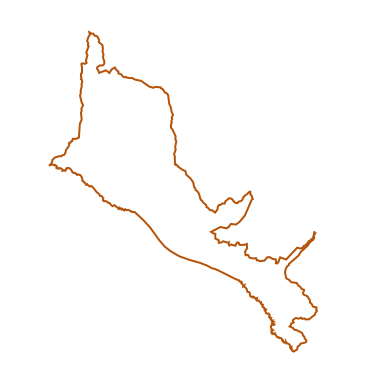 outline of Camana, Arequipa, Peru, rotated 11°
{"feature_id": "86281439B8928059178056", "entity_name": "Camana", "entity_type": "district", "adm_level": 2, "iso_a3": "PER", "parent_name": "Peru", "parent_adm1": "Arequipa", "projection": "orthographic", "projection_center": [-72.661, -16.401], "detail": "fine", "context": "isolated", "style": "outline", "palette": "amber", "viewbox_px": 384, "rotation_deg": 11, "n_neighbors": 0, "source": "geoboundaries", "source_scale": "gbopen_adm2", "svg_char_len": 5973}
<svg xmlns="http://www.w3.org/2000/svg" viewBox="0 0 384 384"><g transform="rotate(11 192 192)"><path d="M319.7,207.1L319.7,213.7L318.9,214.6L318.2,216.6L317.5,216.4L316.9,217.5L315.6,218.3L315.8,219.2L314.8,220.5L314.9,221.2L314.2,221.5L313.4,222.9L312.0,223.6L311.7,225.2L309.6,226.8L305.9,226.6L297.3,240.3L291.0,239.3L290.1,244.6L289.4,245.8L287.9,245.9L287.8,243.5L286.9,242.1L284.3,242.4L280.6,241.1L278.4,241.7L276.1,245.6L271.4,247.0L269.7,246.4L268.6,246.7L267.6,244.8L264.8,245.5L261.7,245.6L260.9,245.4L259.0,243.1L256.7,243.8L255.5,240.7L256.8,236.6L255.7,232.5L253.7,233.8L249.4,234.8L248.3,234.5L247.6,232.9L246.3,232.8L245.5,233.8L244.9,236.5L240.4,236.1L238.8,237.4L238.1,236.8L237.7,234.4L237.3,234.8L235.6,234.9L232.1,234.4L230.3,236.0L228.0,236.8L227.4,234.2L223.8,233.3L222.8,228.5L221.3,228.7L218.3,227.5L226.6,220.9L233.0,221.1L233.6,220.1L234.6,219.6L236.2,216.0L241.5,215.5L244.3,212.3L248.4,205.0L252.1,188.1L253.0,187.3L251.1,184.1L249.9,183.4L249.2,180.6L248.3,180.9L246.3,183.8L244.1,185.9L244.0,186.9L243.2,187.8L242.9,190.1L241.7,191.6L239.5,192.6L238.8,194.3L236.2,194.3L232.3,191.1L229.6,191.0L226.5,194.9L226.2,197.2L223.8,197.5L222.5,199.2L221.1,199.6L220.2,201.1L220.3,204.2L218.7,207.8L215.3,206.1L213.3,206.5L210.9,204.6L209.3,204.1L208.3,202.1L204.5,199.8L203.7,198.6L202.0,198.0L199.0,192.1L197.0,190.2L195.3,189.5L194.4,187.7L193.3,186.9L191.2,182.1L188.0,179.1L183.0,176.0L181.5,172.6L178.8,172.2L173.5,169.8L172.6,168.7L171.3,168.6L170.8,167.9L170.4,168.3L170.0,167.8L168.2,160.0L167.2,158.1L167.9,153.7L166.9,151.1L166.9,145.1L165.7,143.6L165.2,140.3L160.8,134.3L159.1,132.9L158.5,129.7L158.9,127.6L158.2,126.6L158.6,123.9L157.8,122.7L158.6,120.3L158.4,119.4L157.1,118.0L154.9,112.7L152.9,110.0L150.4,102.4L149.3,100.4L146.2,99.3L143.6,96.5L141.7,96.1L141.3,95.3L136.0,95.8L134.2,97.1L129.8,96.6L120.8,92.6L114.4,92.5L111.5,91.5L109.0,92.1L106.1,92.1L105.1,91.6L104.0,92.3L102.7,92.2L100.1,90.0L97.1,89.6L96.7,87.6L94.6,86.8L92.5,84.5L89.6,87.1L88.3,90.9L84.3,89.0L78.1,92.8L76.7,90.4L75.4,89.3L75.1,87.7L77.2,85.5L80.3,84.7L81.2,83.4L81.4,82.2L80.7,79.8L78.8,77.0L78.9,73.8L77.4,71.3L77.2,68.4L76.3,65.5L75.6,64.6L71.9,62.7L71.8,60.5L69.3,57.2L66.8,57.2L64.9,55.4L63.8,55.8L60.7,54.8L61.7,57.3L60.8,59.2L60.2,63.6L61.7,65.6L61.8,67.9L62.8,68.5L61.6,75.4L63.3,77.7L62.8,83.3L63.9,85.3L62.5,86.6L60.4,86.5L59.1,87.1L59.0,87.6L60.2,90.6L61.1,94.9L61.1,96.5L60.5,97.0L61.0,99.8L61.7,100.8L61.4,102.4L62.4,102.9L63.3,104.5L63.0,107.5L63.6,109.1L63.4,113.4L64.0,116.7L63.7,118.7L66.7,125.4L68.5,127.5L67.5,131.6L68.3,133.3L67.9,135.4L69.9,142.0L68.9,146.5L70.6,160.1L68.3,161.9L64.8,162.5L64.7,164.9L63.5,165.5L63.4,166.7L62.0,167.2L62.4,169.4L61.8,171.9L60.4,174.4L60.3,177.1L59.5,179.9L57.7,180.7L56.6,182.0L54.7,182.2L50.7,184.4L48.7,187.5L49.0,188.8L48.2,191.5L46.6,193.4L48.5,192.2L51.4,191.5L52.2,192.1L52.7,191.7L54.3,192.4L54.3,194.3L55.4,194.6L56.1,194.0L57.1,194.5L57.9,193.6L58.5,193.7L60.7,194.8L60.7,195.9L62.4,195.2L63.5,195.4L63.7,194.3L64.4,193.9L64.1,192.9L65.1,192.1L67.3,192.0L69.9,193.9L70.4,195.0L72.1,195.9L73.7,195.5L74.3,196.3L75.3,196.3L75.7,197.0L76.5,197.0L77.3,196.4L79.7,197.0L81.7,199.7L82.3,202.0L83.1,202.0L84.2,203.2L85.0,203.3L86.5,204.9L87.1,204.5L87.1,205.1L88.3,204.9L89.7,205.8L91.3,206.0L91.9,205.3L93.6,206.1L98.3,210.2L101.5,211.9L102.3,213.3L103.9,213.2L105.6,214.5L106.2,215.0L106.1,217.1L107.3,217.8L108.0,217.5L110.7,217.7L111.7,218.7L112.9,218.5L116.6,221.1L118.5,219.7L120.0,220.8L121.6,221.1L122.8,222.4L123.0,222.0L124.3,222.4L124.3,221.8L124.7,222.2L125.8,221.5L126.6,222.6L127.0,222.0L128.6,222.7L128.5,222.3L129.9,221.7L130.3,222.3L133.7,221.8L135.5,222.7L136.2,222.4L136.8,223.0L139.5,222.6L149.3,228.7L157.4,234.6L169.8,246.2L176.0,251.0L181.5,253.8L188.4,256.4L192.3,257.6L202.4,259.1L213.1,260.0L221.1,261.4L226.3,263.1L228.7,263.1L233.7,264.2L251.0,269.1L255.3,269.8L255.7,270.8L257.5,270.6L258.2,271.1L257.8,272.0L258.1,272.4L260.3,273.6L260.3,274.7L261.1,273.8L261.0,274.9L262.5,275.4L264.4,277.0L265.3,279.4L267.0,279.4L268.1,280.1L268.3,281.7L269.3,283.3L270.7,283.7L270.5,283.3L272.7,283.0L274.4,284.6L276.1,283.7L275.9,285.8L276.7,286.3L278.2,285.8L280.3,287.6L280.9,287.2L281.4,288.7L282.9,289.1L282.5,289.9L284.2,291.3L283.8,291.6L284.9,292.1L285.3,291.6L285.2,292.2L286.2,292.9L286.0,293.3L287.1,293.3L286.7,294.3L286.2,294.5L286.9,295.1L287.4,294.7L287.0,295.4L287.8,296.8L290.4,297.2L290.6,296.8L291.8,298.1L291.4,299.7L292.7,300.1L292.5,300.8L292.9,301.1L293.6,300.8L293.4,301.7L294.6,303.0L295.7,302.7L295.5,303.2L296.3,303.5L295.3,303.7L295.8,305.1L297.2,305.7L296.0,306.0L297.1,306.9L295.6,307.2L295.1,308.9L296.0,311.1L297.5,311.9L296.7,312.1L296.4,313.1L296.9,313.6L296.6,313.8L297.2,315.7L298.0,315.9L298.2,315.2L298.7,315.2L299.6,315.7L300.2,315.1L300.3,315.8L301.0,315.9L303.5,318.4L304.9,318.0L305.5,318.7L307.3,318.4L308.9,319.8L308.9,320.4L309.5,320.3L309.3,321.0L311.2,322.3L312.2,321.8L312.4,320.7L313.1,322.2L313.4,321.8L315.6,322.9L316.4,322.8L318.0,324.4L317.8,325.5L318.2,326.2L319.2,325.5L319.1,327.2L320.1,327.3L320.3,328.1L321.1,328.5L320.3,329.2L321.2,328.9L322.3,329.2L325.2,326.5L325.2,323.7L326.8,322.0L327.5,320.1L331.5,318.4L332.7,317.3L332.6,315.8L330.6,314.3L329.8,312.5L328.4,311.8L327.7,310.3L326.3,309.1L320.9,307.6L318.8,307.8L317.6,306.4L313.5,305.4L314.4,303.9L314.5,302.1L316.7,300.7L315.6,299.4L315.5,298.4L317.9,295.9L321.1,295.9L323.2,294.5L324.3,295.5L326.6,294.7L328.0,295.5L329.5,294.8L331.0,294.8L336.1,288.9L336.2,287.0L337.4,284.8L336.3,283.7L336.2,281.5L332.9,281.5L330.4,278.7L329.0,278.1L328.2,275.3L326.6,274.1L325.8,272.8L324.2,272.0L321.7,271.6L320.4,270.7L320.2,269.7L320.8,267.5L320.5,266.6L318.2,266.2L316.1,264.3L314.0,263.5L312.2,261.3L306.5,261.6L304.0,259.7L301.0,258.7L298.6,253.2L298.7,249.5L299.6,246.8L300.9,245.4L300.9,244.1L308.8,233.9L310.2,230.1L316.2,221.9L317.0,219.2L320.1,215.7L320.7,213.3L319.8,211.9L320.6,209.6L319.9,210.0L319.7,207.1Z" fill="none" stroke="#b45309" stroke-width="2"/></g></svg>